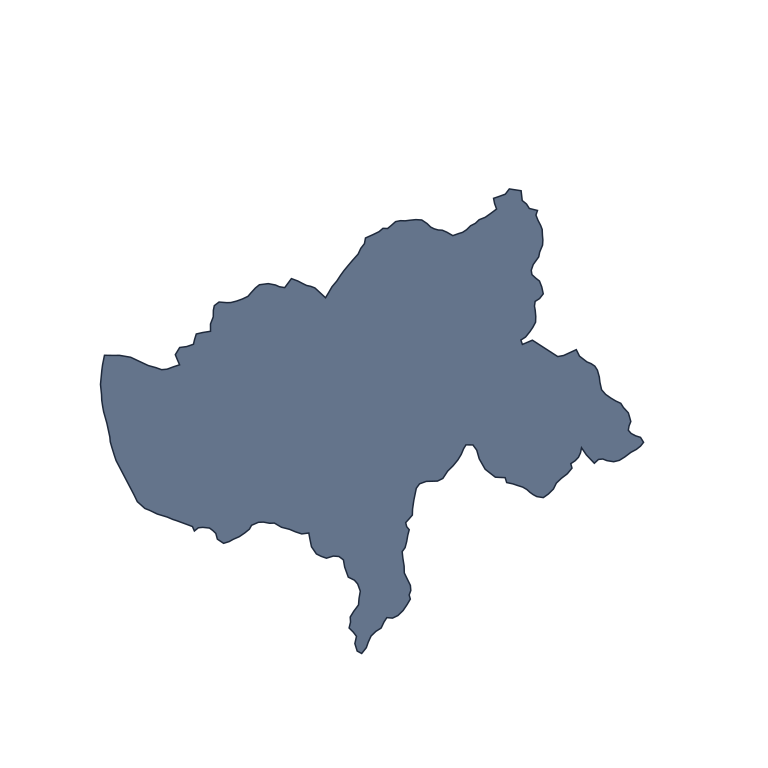 the district of São Manuel, São Paulo, Brazil, rotated 214°
{"feature_id": "56859067B98570354886966", "entity_name": "São Manuel", "entity_type": "district", "adm_level": 2, "iso_a3": "BRA", "parent_name": "Brazil", "parent_adm1": "São Paulo", "projection": "mercator", "projection_center": [-48.563, -22.699], "detail": "fine", "context": "isolated", "style": "filled", "palette": "slate", "viewbox_px": 768, "rotation_deg": 214, "n_neighbors": 0, "source": "geoboundaries", "source_scale": "gbopen_adm2", "svg_char_len": 3747}
<svg xmlns="http://www.w3.org/2000/svg" viewBox="0 0 768 768"><g transform="rotate(214 384 384)"><path d="M188.4,378.9L186.2,384.7L184.8,391.7L185.7,398.2L184.2,405.0L181.8,412.1L181.1,419.4L184.6,422.4L182.6,427.3L181.8,432.0L182.6,436.8L184.6,441.6L176.6,438.4L165.3,435.9L164.0,441.4L160.6,444.2L156.4,445.1L150.1,448.0L146.2,452.3L143.6,458.1L141.1,465.4L138.2,470.9L136.6,475.9L136.2,480.8L141.5,483.2L146.6,481.7L151.5,481.2L155.6,482.3L157.4,486.3L158.4,490.9L161.9,493.9L165.3,496.7L172.4,498.4L176.9,500.4L182.4,499.5L188.2,499.2L194.4,499.3L200.4,500.9L206.0,506.2L209.4,510.2L214.8,514.8L219.2,516.7L223.7,516.7L228.1,515.8L237.5,516.4L243.8,520.0L248.6,512.1L251.0,508.1L255.3,503.9L285.5,503.3L291.4,494.2L295.1,497.0L292.9,502.1L292.3,509.1L292.3,514.4L292.9,520.0L295.9,524.8L299.8,529.6L302.8,532.7L304.9,537.0L302.8,541.8L302.4,547.8L307.5,552.7L312.7,556.3L317.2,556.6L322.5,557.4L325.5,560.6L327.1,566.5L326.8,575.9L328.7,580.4L330.2,587.8L332.8,592.2L335.8,595.9L339.3,600.6L342.7,603.0L348.0,605.9L352.5,609.0L353.8,613.7L361.7,610.8L366.5,612.9L372.0,613.4L378.4,620.9L389.2,615.8L389.6,609.2L394.1,603.0L397.0,599.2L393.3,595.5L388.5,592.0L391.1,584.6L393.3,578.8L397.0,573.4L398.1,568.3L400.7,563.6L401.8,558.1L403.7,553.6L406.3,550.4L409.9,545.5L416.8,545.0L421.7,544.1L425.2,542.0L429.2,540.7L433.1,540.2L438.0,541.1L444.4,541.1L449.5,538.1L454.3,534.1L457.7,531.1L461.7,528.6L465.2,525.1L466.7,519.3L468.0,514.9L471.9,512.5L473.3,507.5L476.6,501.8L481.0,494.7L478.7,489.4L479.1,483.5L478.1,477.2L479.2,469.3L480.0,461.9L480.6,455.6L480.8,450.0L480.7,443.0L481.5,435.6L481.0,428.7L480.7,422.8L495.0,425.0L499.3,424.0L503.3,422.4L508.5,421.7L513.1,421.2L519.7,419.6L520.2,408.4L525.2,406.1L529.3,405.4L536.1,402.5L542.8,396.6L544.3,391.7L545.3,385.0L545.8,380.6L549.0,375.2L552.6,370.3L556.5,365.9L559.7,363.6L566.6,359.7L568.5,354.1L566.7,349.7L563.1,344.2L561.4,336.7L557.3,330.7L563.1,325.3L567.6,320.5L565.9,314.9L564.2,310.4L568.5,304.7L573.8,300.0L573.4,291.6L569.2,288.8L564.2,285.6L568.2,280.5L572.1,275.0L576.4,271.5L582.3,270.0L589.7,267.5L601.2,265.7L609.0,264.5L619.2,259.9L624.6,256.2L631.8,251.5L628.0,242.4L625.5,237.4L618.8,225.1L612.2,217.2L609.0,212.8L604.7,208.1L600.9,204.2L591.8,196.5L581.6,186.7L578.6,183.0L574.2,179.3L567.6,174.0L563.3,170.7L529.4,152.4L522.7,148.5L512.6,147.1L508.2,148.1L499.3,149.4L489.2,152.5L483.4,153.6L479.6,154.7L467.4,157.7L463.1,158.7L459.0,156.1L457.5,161.0L454.1,163.8L448.1,167.0L443.9,166.8L439.9,166.1L435.4,162.2L427.9,162.2L424.2,166.8L422.1,171.0L418.6,176.5L416.1,182.8L414.4,188.4L414.8,192.8L410.8,199.1L406.7,202.1L400.9,204.6L397.1,207.4L388.9,207.9L381.0,210.7L374.8,211.9L368.4,213.7L363.0,218.4L359.1,214.4L353.1,208.5L345.0,205.3L339.7,206.0L334.3,207.4L329.8,213.0L324.9,215.8L319.3,215.5L314.2,210.2L305.6,203.9L298.8,204.8L294.0,203.5L287.8,199.0L284.8,192.3L281.6,186.6L282.0,178.7L281.7,171.9L278.6,167.9L276.5,162.2L270.7,161.1L265.7,159.4L263.0,152.5L256.9,147.6L251.8,148.1L251.2,155.5L252.7,161.2L253.8,167.8L252.4,174.4L249.9,180.1L250.9,186.6L251.0,191.9L246.0,194.7L243.0,199.8L241.5,206.9L241.5,214.1L241.9,220.4L245.2,223.2L246.3,227.8L249.5,231.8L256.3,235.7L261.5,238.7L265.5,244.3L271.1,250.3L275.2,255.2L275.0,260.1L277.1,266.1L279.7,271.9L281.6,277.3L285.4,278.4L288.5,281.2L287.8,286.0L287.2,291.2L290.4,296.3L294.3,304.4L298.9,315.6L298.7,321.1L294.5,326.9L289.3,330.6L285.4,333.4L282.4,338.6L282.5,347.4L281.0,354.8L280.3,362.3L280.6,368.8L281.8,374.9L282.0,379.4L276.2,383.2L270.1,381.0L263.2,375.2L252.5,369.9L245.8,369.4L239.6,369.0L235.9,371.2L231.2,374.1L227.2,370.9L221.2,373.3L216.7,374.5L211.3,376.1L206.4,376.4L202.4,375.8L198.4,375.7L194.4,376.1L188.4,378.9Z" fill="#64748b" stroke="#1e293b" stroke-width="1.5"/></g></svg>